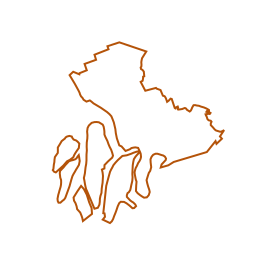 outline of Klang, Selangor, Malaysia, rotated 341°
{"feature_id": "92858781B44508451464311", "entity_name": "Klang", "entity_type": "district", "adm_level": 2, "iso_a3": "MYS", "parent_name": "Malaysia", "parent_adm1": "Selangor", "projection": "robinson", "projection_center": [101.362, 3.039], "detail": "fine", "context": "isolated", "style": "outline", "palette": "amber", "viewbox_px": 256, "rotation_deg": 341, "n_neighbors": 0, "source": "geoboundaries", "source_scale": "gbopen_adm2", "svg_char_len": 4679}
<svg xmlns="http://www.w3.org/2000/svg" viewBox="0 0 256 256"><g transform="rotate(341 128 128)"><path d="M90.0,59.0L92.1,68.9L93.4,76.5L93.7,79.0L93.6,80.6L93.9,82.8L94.8,84.8L95.2,86.8L97.3,89.5L100.9,89.5L102.0,91.1L103.4,93.5L108.9,100.0L113.4,106.1L115.0,108.9L116.1,111.5L116.3,115.0L116.4,118.2L115.7,124.9L114.8,128.9L114.1,134.2L114.1,141.6L115.9,143.3L118.2,148.9L123.0,148.7L124.7,148.1L126.6,148.3L128.6,148.7L131.1,150.1L131.6,155.0L131.6,156.6L130.9,159.6L129.8,161.3L128.0,163.1L126.1,164.5L124.1,166.7L122.3,168.3L120.9,170.2L119.8,172.0L119.3,174.2L118.6,179.1L118.6,181.5L117.1,184.9L115.0,190.2L115.9,192.8L117.7,195.6L119.3,197.7L120.5,199.1L123.2,199.7L125.7,198.3L127.7,195.6L128.0,193.2L128.0,189.8L128.2,186.5L128.6,183.3L131.3,179.6L133.1,177.2L135.0,175.8L137.2,172.6L138.2,167.9L139.1,164.9L140.7,163.1L141.8,162.3L143.2,161.5L145.7,161.3L147.4,161.9L149.1,163.1L150.9,164.5L152.4,165.5L153.6,167.1L154.0,169.3L153.2,170.6L147.9,173.4L146.1,176.0L154.0,176.4L160.2,175.0L194.7,176.4L206.5,168.9L206.5,171.8L213.3,168.7L212.2,165.9L218.2,161.3L216.2,161.7L215.4,161.7L214.4,161.7L213.7,161.4L210.4,159.0L209.5,157.6L208.5,155.0L207.2,152.2L207.8,150.5L209.0,149.3L208.6,148.1L206.7,146.9L206.0,145.3L206.1,143.3L205.8,141.2L205.8,140.3L206.4,140.4L207.0,140.8L207.5,140.6L207.7,140.1L208.2,140.3L208.5,140.7L209.1,141.0L209.7,141.3L210.3,141.2L210.9,140.6L209.9,139.6L208.6,138.9L207.5,138.2L208.2,137.7L209.3,138.4L210.1,138.4L210.4,137.3L209.3,136.0L208.3,134.9L206.5,133.3L205.1,132.3L204.2,131.7L202.3,130.1L200.3,129.1L198.9,128.2L197.4,127.8L196.3,128.7L195.3,129.6L194.0,131.1L193.0,132.0L191.7,132.5L189.6,129.9L189.3,128.6L188.3,127.6L186.8,127.6L185.5,127.7L183.2,127.3L181.4,126.9L181.1,126.0L182.0,125.0L182.0,123.9L179.8,124.2L179.1,124.8L178.7,124.2L178.8,114.8L177.8,114.1L176.5,114.8L175.4,115.4L173.5,116.0L173.5,112.4L173.3,111.0L172.9,109.8L171.5,108.8L171.1,102.7L167.9,100.1L167.5,99.2L156.5,98.4L155.0,88.5L157.2,88.1L158.3,86.2L159.0,84.4L160.2,84.4L160.8,82.0L161.3,79.8L160.6,77.8L159.5,76.5L159.7,74.9L160.6,74.3L161.3,72.7L162.0,70.1L162.9,68.4L164.0,66.6L170.2,61.6L147.7,44.2L135.2,44.0L135.2,47.2L120.2,47.8L120.0,53.1L107.8,53.3L107.8,60.0L100.1,60.4L99.5,61.4L94.5,57.0L90.0,59.0ZM76.0,191.2L77.3,188.6L78.4,185.7L79.8,183.3L81.8,180.7L83.4,176.8L84.8,174.0L86.1,171.6L87.3,168.7L88.7,165.3L89.4,162.3L89.6,160.9L89.8,158.8L92.5,158.6L93.7,155.4L95.7,154.4L98.0,153.2L100.7,152.0L103.4,150.9L104.8,149.3L105.0,146.3L105.0,143.1L104.5,139.8L104.3,136.8L104.3,133.6L103.7,128.9L103.6,126.5L104.5,123.8L105.0,121.6L105.4,118.8L105.2,116.6L103.9,115.0L102.3,113.1L100.2,112.1L98.2,111.5L95.3,111.3L91.8,112.9L89.8,114.8L88.2,118.0L87.3,121.6L86.1,124.7L84.3,128.3L82.8,132.3L81.8,135.8L80.2,139.4L79.4,141.6L78.2,145.1L76.8,148.3L75.1,151.3L73.9,153.8L72.5,156.8L71.2,159.0L70.0,160.9L69.6,163.9L69.1,166.7L68.7,169.7L68.5,172.2L68.7,174.0L70.0,193.4L73.5,193.6L76.0,191.2ZM113.6,152.6L108.0,155.0L105.0,156.6L102.1,158.4L100.3,160.2L98.6,161.7L96.8,163.5L93.9,167.7L88.6,175.6L76.9,200.5L78.0,201.1L77.7,202.7L77.3,204.5L74.3,206.4L80.0,212.0L82.3,211.0L84.3,209.2L86.2,206.8L88.4,204.3L90.2,202.1L92.8,198.7L95.2,196.2L97.1,195.4L100.2,196.6L102.1,198.7L104.1,201.7L106.1,205.3L107.7,205.7L110.2,204.5L110.0,202.7L108.7,200.1L107.5,198.7L106.4,197.0L104.5,192.8L105.0,191.2L106.4,189.4L107.9,189.0L110.0,187.3L111.1,185.5L112.5,183.1L114.8,179.5L116.3,176.0L117.1,173.0L118.2,170.2L120.4,164.7L122.0,161.7L123.4,159.4L125.7,157.6L127.7,156.4L130.4,155.0L130.0,153.4L128.6,153.2L125.0,153.2L122.7,153.4L120.9,153.4L117.9,153.4L113.6,152.6ZM47.6,145.5L54.6,142.5L59.6,139.6L62.6,139.2L65.1,138.4L66.8,137.8L68.4,136.0L70.0,134.6L71.8,133.2L75.0,130.9L76.0,128.7L76.9,126.9L76.0,124.7L75.0,123.0L72.8,121.2L72.1,119.0L72.1,117.8L70.0,116.4L67.6,116.2L65.9,116.6L65.0,117.4L61.0,118.8L58.7,120.8L55.3,123.6L54.4,126.3L53.5,128.7L51.0,130.5L49.4,131.7L48.2,134.0L47.3,136.2L46.0,138.4L44.1,142.5L43.2,143.3L43.9,145.3L45.3,146.5L47.6,145.5ZM72.3,139.8L72.6,137.6L71.0,138.6L69.6,139.8L68.0,140.4L65.7,140.4L63.5,140.2L61.4,140.2L56.6,142.7L54.1,144.3L52.1,145.3L49.8,146.5L48.7,148.7L48.2,151.1L47.8,152.8L47.8,155.4L47.1,157.6L46.2,159.8L45.1,161.7L42.8,164.9L41.6,166.7L40.3,168.5L38.3,172.0L37.8,174.2L38.0,176.0L39.8,176.6L42.1,175.6L44.4,174.8L46.0,173.6L53.7,164.1L57.6,158.4L59.8,155.4L61.7,153.6L63.4,152.2L65.5,150.3L66.8,149.3L69.6,146.9L71.6,143.5L71.9,141.8L72.3,139.8ZM66.0,197.5L67.5,191.8L67.1,185.7L67.3,177.6L66.4,171.4L64.8,167.5L59.8,171.2L53.9,176.0L53.3,179.1L53.9,182.1L53.9,185.3L53.5,188.2L55.3,192.4L55.5,195.6L55.5,198.1L55.1,201.3L66.0,197.5Z" fill="none" stroke="#b45309" stroke-width="2"/></g></svg>